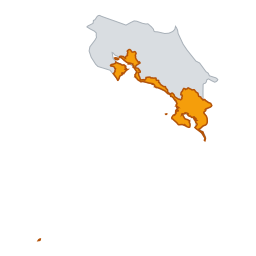 location of Puntarenas within Costa Rica
{"feature_id": "CRI-1330", "entity_name": "Puntarenas", "entity_type": "Province", "adm_level": 1, "iso_a3": "CRI", "parent_name": "Costa Rica", "parent_adm1": "", "projection": "albers", "projection_center": [-84.164, 7.924], "detail": "fine", "context": "in_parent", "style": "filled", "palette": "amber", "viewbox_px": 256, "rotation_deg": 0, "n_neighbors": 0, "source": "natural_earth", "source_scale": "10m", "svg_char_len": 7305}
<svg xmlns="http://www.w3.org/2000/svg" viewBox="0 0 256 256"><path d="M217.8,79.4L217.6,80.2L217.0,80.9L216.0,81.7L214.7,82.2L211.6,80.7L208.5,78.9L206.9,79.7L206.2,82.1L205.1,83.3L203.7,83.7L203.1,84.5L203.0,92.5L203.1,100.0L205.5,100.2L209.3,102.8L211.0,104.3L211.5,105.7L211.0,106.4L208.2,108.1L205.5,110.1L204.1,112.7L206.5,116.9L207.0,119.7L207.0,122.7L206.3,124.1L201.0,127.6L199.8,128.8L200.0,129.6L202.9,132.0L204.3,134.2L205.5,137.0L205.7,139.4L203.0,134.9L199.3,130.7L196.0,128.2L195.8,122.1L194.5,118.8L189.6,115.8L185.5,113.7L182.4,114.1L184.3,117.6L189.2,122.0L189.5,123.8L189.4,126.1L186.1,125.7L183.1,124.8L179.5,124.5L177.1,123.1L172.0,117.8L175.6,113.2L176.7,110.3L176.6,104.1L175.8,101.1L171.9,96.5L165.6,91.5L156.9,87.4L152.8,84.1L142.6,81.5L138.7,79.9L135.7,76.7L135.3,74.5L136.3,71.1L133.5,66.7L121.4,58.1L114.6,54.9L113.2,53.0L112.1,52.5L113.1,58.4L116.1,62.0L123.8,65.3L125.9,67.3L126.8,69.8L122.3,74.6L120.0,75.9L119.3,78.5L117.8,79.3L116.3,77.8L110.0,70.2L97.9,66.5L95.7,64.3L91.2,57.3L89.1,51.0L89.9,46.8L94.9,40.2L96.5,37.4L96.2,35.6L96.3,33.0L94.5,31.2L89.9,28.8L86.9,26.9L87.8,26.0L93.0,23.4L93.4,21.2L93.4,20.4L94.2,20.2L95.0,19.6L95.5,19.0L96.9,16.8L98.2,15.6L99.6,15.4L101.4,16.3L108.1,18.7L115.5,21.3L126.0,25.1L130.4,22.7L134.1,20.9L136.7,21.2L142.4,23.3L145.8,24.0L147.9,23.8L151.5,26.9L153.5,29.3L153.8,30.9L154.9,31.7L157.8,31.9L164.7,33.5L168.9,33.2L172.7,31.5L174.8,29.4L175.5,26.3L176.5,27.8L177.6,30.3L178.1,33.5L183.1,44.2L187.1,50.1L195.8,61.0L199.6,63.0L206.0,71.7L208.2,73.2L209.4,75.8L216.0,77.9L217.8,79.4Z" fill="#d9dde1" stroke="#a8b0b8" stroke-width="1"/><path d="M203.2,99.6L203.2,100.0L204.3,99.5L204.7,99.5L205.0,99.7L205.4,100.6L206.5,101.1L208.3,102.5L210.1,103.1L210.7,103.4L211.8,105.5L211.3,106.4L210.1,107.2L206.0,108.8L205.6,109.2L205.2,109.7L205.7,110.0L205.7,110.6L205.3,111.0L204.2,111.8L203.9,112.1L203.8,112.7L204.0,113.3L206.3,116.1L206.7,117.1L207.1,118.3L207.3,121.1L207.2,122.5L206.8,123.7L206.0,124.7L204.9,125.3L203.8,125.6L202.7,126.2L201.0,127.9L198.8,129.2L198.8,129.7L199.1,130.0L200.2,130.7L201.1,131.6L201.8,131.5L202.1,131.5L202.8,131.9L203.1,132.3L203.3,133.5L205.4,138.1L205.2,139.9L204.9,140.8L204.4,140.4L204.5,139.8L204.9,138.5L204.8,138.0L202.1,133.4L201.2,132.4L196.3,128.8L194.9,127.5L196.1,126.1L196.3,126.0L197.2,124.4L197.0,123.8L195.7,122.2L195.5,121.7L195.4,121.1L196.8,120.4L196.4,120.2L195.2,120.3L194.7,120.1L194.4,119.8L193.6,118.2L193.8,117.7L194.1,117.7L194.6,118.6L194.7,119.2L194.8,119.2L196.0,118.8L196.0,118.5L194.9,117.8L194.1,116.8L193.8,116.8L193.5,117.3L192.0,117.3L191.4,117.4L190.7,116.3L190.1,116.0L189.5,116.3L188.3,115.6L187.9,115.0L188.2,114.1L187.6,114.1L187.8,113.5L187.2,113.2L185.8,112.8L185.5,113.3L185.1,113.0L184.7,113.0L184.3,113.8L183.7,113.9L182.4,113.7L181.9,113.9L181.7,114.7L182.0,114.4L182.3,114.4L183.6,116.5L183.8,117.1L184.9,118.8L185.5,119.1L187.5,119.6L188.1,119.9L189.1,121.0L189.6,120.7L189.6,121.6L189.5,122.0L189.3,122.3L189.3,122.6L189.9,123.4L190.1,124.8L190.0,126.2L189.6,127.2L188.7,127.3L187.2,126.8L185.9,126.1L185.2,125.6L186.3,125.9L185.6,125.5L185.0,125.0L185.0,125.6L182.7,124.6L181.9,124.5L178.8,124.8L178.2,124.5L176.8,122.7L173.3,119.6L173.1,119.2L171.9,118.7L171.8,117.4L173.2,115.3L174.3,114.7L174.6,115.1L174.9,114.8L176.1,113.1L175.6,112.4L176.2,111.7L177.3,111.1L178.2,110.9L178.2,110.6L176.9,110.6L176.2,111.3L175.7,111.5L175.6,111.1L175.8,110.5L176.3,109.8L177.7,109.0L177.9,108.6L177.7,108.2L176.7,107.5L176.6,106.8L177.4,107.2L178.2,107.3L176.7,106.1L176.1,106.0L176.5,105.7L176.1,105.2L176.2,104.7L177.1,103.8L175.9,100.7L175.2,100.0L175.0,100.3L174.1,99.1L173.3,97.8L172.2,96.7L170.7,96.4L170.8,95.4L169.9,94.5L168.7,93.9L167.8,93.7L164.7,90.7L161.7,89.3L161.2,89.0L157.5,87.5L156.8,87.7L156.4,87.2L155.9,87.4L155.2,86.8L154.5,86.7L154.9,85.9L154.4,84.9L153.4,84.0L152.4,83.6L152.4,83.9L153.0,84.1L153.5,84.5L152.5,84.3L150.8,83.3L148.8,83.0L143.6,81.6L142.6,81.5L141.1,81.8L140.6,81.7L140.1,81.3L139.8,80.5L139.2,80.4L139.5,80.9L137.4,79.5L136.9,78.3L135.7,77.6L135.6,76.5L134.9,76.6L135.1,76.1L134.9,74.9L135.2,74.5L135.8,73.8L136.1,73.1L136.7,72.4L136.8,71.8L136.7,71.3L135.7,70.3L134.2,67.9L133.7,67.6L133.1,67.3L133.2,66.7L133.7,65.8L132.8,65.0L132.6,64.6L132.8,64.0L131.7,63.7L128.2,64.0L128.2,63.7L128.7,63.5L130.7,63.5L130.7,63.2L128.3,62.9L127.3,62.6L126.4,62.1L125.0,60.9L124.2,60.5L123.9,60.1L124.1,59.9L123.4,59.6L121.8,58.1L121.0,57.6L120.6,57.3L120.3,57.2L119.7,57.5L119.4,57.2L119.7,56.5L120.5,56.2L121.6,56.2L122.2,56.5L123.0,56.4L123.6,56.8L124.8,58.0L125.5,58.3L125.4,57.4L125.5,56.9L126.4,56.0L127.3,55.6L127.5,55.3L127.5,54.9L127.2,54.3L127.5,53.5L127.8,52.1L127.7,51.8L127.3,51.4L127.3,51.0L127.6,50.6L129.1,49.5L130.0,49.6L130.7,50.2L131.6,51.6L132.2,52.1L133.5,52.0L134.5,51.6L134.8,51.6L135.5,52.1L135.7,52.7L136.1,53.2L136.1,53.5L135.6,54.6L135.3,55.5L135.6,56.4L135.5,57.5L135.7,58.2L136.3,59.4L137.9,61.5L138.3,62.2L138.8,62.1L139.2,61.8L139.5,62.0L140.0,62.8L139.9,63.1L139.8,63.3L139.0,63.6L137.0,64.9L136.6,65.0L135.6,66.5L135.2,66.7L135.1,67.3L135.5,67.6L136.3,68.0L137.9,68.3L138.3,68.5L139.2,69.7L138.8,70.0L139.8,70.5L140.2,71.3L140.3,71.7L140.1,72.3L139.7,72.4L138.6,72.4L138.4,72.6L138.3,72.8L138.7,74.4L138.7,75.3L139.7,77.1L140.1,78.8L140.8,79.7L141.3,79.9L142.5,79.7L143.1,79.8L143.8,79.6L144.4,80.1L144.7,80.1L145.0,80.0L145.3,79.4L146.0,78.7L146.0,77.5L147.8,77.2L150.0,77.1L150.7,77.8L151.1,77.9L152.5,77.9L153.0,78.1L153.6,78.1L155.4,78.0L155.8,78.0L156.1,78.6L156.1,79.6L156.1,79.8L156.6,80.3L156.9,80.4L157.9,80.3L158.6,80.5L158.8,81.4L158.6,82.2L158.7,82.4L159.6,82.8L160.2,84.0L161.1,84.9L163.7,86.6L164.3,86.8L164.6,86.6L165.0,86.5L165.4,86.7L165.7,87.4L165.9,88.2L167.2,89.5L167.6,90.1L167.6,91.2L167.8,92.0L168.3,92.7L168.6,93.0L170.8,93.9L171.1,93.8L171.5,93.3L171.8,93.1L172.2,93.1L172.7,93.3L174.1,94.9L174.6,96.4L175.0,96.9L178.7,99.3L179.7,99.2L180.4,99.8L180.7,99.8L181.9,98.7L181.9,98.3L181.8,97.4L182.3,96.2L182.2,95.6L182.0,95.1L181.6,95.1L181.3,94.8L180.8,94.7L181.2,92.4L182.4,91.0L183.1,89.3L183.9,88.4L185.1,88.8L185.4,89.4L185.5,89.5L186.0,89.1L187.1,88.9L187.7,88.1L188.3,87.9L188.8,88.1L189.6,88.7L190.7,89.1L191.8,89.8L192.3,89.9L193.8,89.7L194.3,89.8L196.1,92.1L197.9,93.2L198.7,96.3L200.7,97.0L201.3,98.3L202.0,99.0L202.7,99.2L203.2,99.6ZM115.8,61.9L116.7,62.7L119.4,63.8L119.7,63.7L120.3,64.0L121.8,64.9L122.5,65.1L123.2,65.1L123.9,64.8L125.8,66.2L125.8,66.4L125.1,66.6L125.1,67.2L126.1,68.4L125.5,68.7L125.0,69.2L125.6,69.4L126.2,69.5L127.6,69.5L125.8,70.8L125.4,71.7L124.5,72.2L123.9,73.5L122.7,72.9L122.0,72.9L121.8,73.4L122.5,74.5L122.4,74.6L121.0,75.3L120.8,75.5L119.9,76.0L119.7,76.3L118.8,79.0L118.0,80.3L117.7,80.3L116.6,78.1L113.3,73.6L113.9,73.3L114.1,72.8L114.4,72.5L114.7,71.8L115.1,71.5L114.9,70.8L115.5,68.6L114.7,68.2L114.4,67.3L113.8,66.7L113.2,66.4L112.5,66.3L112.1,66.1L111.0,66.1L110.7,65.9L110.5,65.4L111.0,64.8L112.0,64.3L112.6,64.2L112.9,64.4L114.3,63.7L115.2,63.5L115.4,63.2L115.8,61.9ZM116.7,58.6L118.1,59.1L118.6,59.1L118.6,59.3L117.5,59.7L116.1,59.6L115.5,59.4L115.1,59.0L114.6,58.0L115.6,57.7L118.0,58.3L118.0,58.6L116.7,58.6ZM39.7,240.4L38.2,240.6L38.7,239.8L39.7,239.1L40.3,239.0L40.2,239.9L39.7,240.4ZM165.6,114.1L166.1,113.9L166.7,113.9L166.6,114.3L166.3,114.4L165.8,114.4L165.6,114.1Z" fill="#f59e0b" stroke="#b45309" stroke-width="1.5"/></svg>